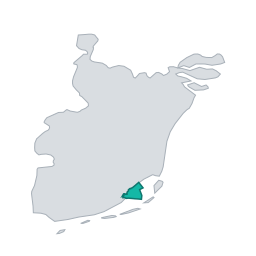 location of Harlingen, Netherlands, rotated 174°
{"feature_id": "6326949B40723251176643", "entity_name": "Harlingen", "entity_type": "district", "adm_level": 2, "iso_a3": "NLD", "parent_name": "Netherlands", "parent_adm1": "", "projection": "robinson", "projection_center": [5.441, 53.126], "detail": "fine", "context": "in_parent", "style": "filled", "palette": "teal", "viewbox_px": 256, "rotation_deg": 174, "n_neighbors": 0, "source": "geoboundaries", "source_scale": "gbopen_adm2", "svg_char_len": 3895}
<svg xmlns="http://www.w3.org/2000/svg" viewBox="0 0 256 256"><g transform="rotate(174 128 128)"><path d="M167.7,225.7L162.2,225.5L157.0,225.4L154.3,225.1L151.4,224.0L150.1,221.9L148.4,219.4L148.9,217.8L153.7,213.3L154.4,212.1L153.9,211.5L154.4,209.5L158.1,202.9L158.6,200.2L156.9,198.3L154.5,197.2L146.8,195.2L143.1,192.5L141.4,190.0L139.6,189.4L137.1,190.2L130.7,191.1L125.5,189.8L119.3,185.2L117.9,181.1L117.2,177.9L115.6,176.9L113.6,178.5L110.9,181.0L105.8,181.3L104.3,180.7L104.0,179.3L103.7,178.0L102.3,176.3L100.8,175.4L94.2,180.1L91.8,180.1L88.7,178.2L87.2,176.5L83.8,177.5L80.8,179.7L81.8,183.8L80.2,184.5L76.4,184.2L72.2,182.5L67.5,181.4L60.4,178.6L50.5,180.9L43.6,178.2L37.8,177.9L34.3,175.7L30.5,172.0L33.2,169.5L35.9,168.7L46.4,168.2L54.0,169.7L67.7,177.8L71.2,177.7L74.9,176.7L73.0,174.5L69.6,173.4L64.5,171.3L60.4,168.2L70.0,167.3L68.7,165.7L67.5,163.0L57.4,153.6L59.2,151.1L61.8,145.7L65.0,141.2L67.5,140.0L71.6,136.8L80.7,127.4L86.4,119.8L90.7,110.7L97.1,85.7L98.9,81.5L101.9,76.8L105.6,77.7L108.3,79.0L117.5,75.5L133.3,66.3L138.0,58.3L142.5,54.6L160.7,47.3L170.7,45.2L186.1,44.6L197.3,43.3L210.7,42.8L215.8,47.3L218.8,50.6L223.6,52.4L231.0,53.6L230.6,60.1L230.8,72.9L230.3,75.1L227.0,80.5L223.6,90.2L222.7,96.5L221.6,97.7L207.5,97.7L205.5,98.8L205.2,100.2L206.0,101.8L205.6,103.4L204.5,104.7L205.1,106.8L207.6,109.2L212.1,110.7L216.9,110.9L219.4,110.6L221.2,112.3L223.0,114.9L222.9,118.2L222.2,122.7L220.0,126.8L213.5,131.5L210.6,133.2L207.8,134.1L206.5,135.3L205.9,136.9L206.1,138.3L210.8,142.1L210.7,143.0L209.3,145.0L207.5,146.8L195.5,150.7L190.6,150.4L187.7,152.3L186.8,152.7L183.7,150.9L176.7,148.9L174.0,149.6L172.6,150.7L168.1,152.1L165.0,154.2L165.0,156.9L170.6,164.0L172.6,165.4L172.7,168.0L175.4,171.3L178.2,175.5L178.5,178.1L178.2,180.8L176.8,184.6L172.0,193.5L171.9,195.2L172.3,196.5L174.0,196.9L175.3,197.5L174.9,198.7L165.8,204.9L164.6,206.0L160.8,205.6L160.2,206.7L160.7,208.3L162.2,209.8L165.5,210.6L168.3,212.1L170.6,215.2L167.7,225.7ZM72.2,182.5L71.4,185.0L69.3,187.9L62.1,191.9L54.6,194.6L50.8,194.3L48.2,192.9L46.8,191.4L42.8,190.0L37.3,189.3L33.9,190.8L31.5,192.3L29.3,192.0L27.8,190.8L26.5,188.9L25.0,183.1L29.1,182.0L37.9,181.6L44.8,183.6L53.7,184.6L60.6,181.8L66.0,184.2L72.2,182.5ZM57.5,158.5L62.7,162.2L63.8,163.4L64.2,164.6L57.5,166.1L50.5,161.6L45.8,162.6L44.1,160.5L44.0,159.1L48.9,158.0L57.5,158.5ZM108.2,68.0L102.9,72.8L99.7,71.5L98.8,70.4L100.4,66.6L108.2,60.4L108.2,68.0ZM131.6,46.6L126.6,47.1L124.4,46.2L136.3,43.5L143.9,42.7L145.2,43.0L131.6,46.6ZM163.6,41.6L153.1,42.7L149.6,41.9L149.0,41.1L151.9,40.6L160.8,40.5L163.6,41.2L163.6,41.6ZM120.1,51.9L110.2,56.9L109.4,56.1L115.7,51.7L120.1,51.9ZM206.3,33.2L201.4,33.5L202.7,31.7L207.3,30.3L209.7,30.3L206.3,33.2ZM185.0,38.1L177.6,40.4L175.8,39.9L176.2,39.3L182.8,37.8L185.0,38.1Z" fill="#d9dde1" stroke="#a8b0b8" stroke-width="1"/><path d="M123.0,72.8L125.0,71.4L125.5,71.1L126.4,70.4L129.6,68.3L129.8,68.2L130.0,68.1L130.3,68.0L131.5,67.7L131.4,67.5L131.5,67.4L132.0,67.4L132.1,67.5L132.3,67.6L132.5,67.5L132.7,67.4L132.8,67.4L134.1,66.4L134.1,65.5L135.6,64.3L135.9,62.4L136.1,62.5L136.2,62.4L136.3,62.5L136.5,62.6L136.6,62.4L136.8,62.4L137.0,62.4L137.3,62.4L137.5,62.4L137.5,62.5L137.8,62.5L138.1,62.6L138.3,62.6L138.3,62.8L138.5,62.8L138.8,62.8L138.8,63.0L139.0,63.0L139.2,62.9L139.3,62.9L139.4,62.7L139.5,62.6L139.7,62.4L139.7,62.2L139.8,62.1L140.0,61.9L140.1,61.7L140.1,61.4L140.3,61.1L140.5,61.1L140.5,60.9L140.7,60.7L140.3,60.8L140.2,60.8L139.9,60.8L139.7,60.8L139.8,60.7L140.0,60.3L139.9,60.3L139.9,60.2L140.0,60.1L140.0,59.9L140.1,59.7L140.3,59.6L140.3,59.4L140.3,59.2L140.1,59.2L139.9,59.2L139.7,59.3L139.4,59.3L139.2,59.3L138.9,59.2L138.7,59.2L138.3,58.9L138.2,58.9L137.9,58.7L137.5,58.6L137.2,58.2L134.9,58.2L130.9,57.4L128.5,56.9L126.1,56.5L122.1,55.7L121.3,59.4L122.3,63.2L122.9,65.5L119.3,66.9L121.1,69.8L123.0,72.8Z" fill="#14b8a6" stroke="#0f766e" stroke-width="1.5"/></g></svg>